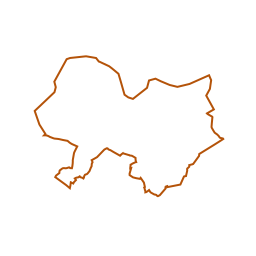 outline of Ugwunagbo, Abia, Nigeria, rotated 198°
{"feature_id": "59680162B43108992465432", "entity_name": "Ugwunagbo", "entity_type": "district", "adm_level": 2, "iso_a3": "NGA", "parent_name": "Nigeria", "parent_adm1": "Abia", "projection": "orthographic", "projection_center": [7.346, 5.019], "detail": "fine", "context": "isolated", "style": "outline", "palette": "amber", "viewbox_px": 256, "rotation_deg": 198, "n_neighbors": 0, "source": "geoboundaries", "source_scale": "gbopen_adm2", "svg_char_len": 3054}
<svg xmlns="http://www.w3.org/2000/svg" viewBox="0 0 256 256"><g transform="rotate(198 128 128)"><path d="M164.7,52.8L165.0,55.4L165.6,58.7L165.2,58.7L164.8,58.6L164.1,58.4L163.6,58.4L162.9,58.3L162.7,59.7L161.4,62.4L162.0,62.9L163.0,63.6L162.5,64.1L162.3,64.4L162.0,64.6L161.6,64.9L160.7,65.4L159.9,65.8L159.6,66.3L159.0,67.1L158.3,66.6L158.1,66.5L157.1,66.5L156.5,66.6L154.8,66.2L154.6,67.3L154.8,68.6L154.5,70.1L154.2,70.5L152.9,71.4L152.4,72.2L151.3,75.1L151.2,76.8L151.1,78.4L150.8,80.5L151.1,81.5L151.4,83.1L151.3,83.7L151.1,84.2L151.2,84.5L151.4,84.9L152.6,86.2L150.7,88.2L148.8,90.3L148.3,90.9L148.0,91.6L147.5,92.6L144.5,98.8L143.7,100.4L143.1,100.9L142.6,101.4L142.2,102.0L141.4,102.3L140.9,102.2L140.5,101.9L139.9,101.6L138.9,101.5L137.9,101.5L136.6,101.2L134.4,100.7L128.9,99.6L127.4,99.3L127.0,99.2L126.8,99.7L126.6,100.2L126.3,100.4L126.1,101.0L125.1,102.4L124.9,102.2L124.5,102.4L119.8,102.5L119.4,102.5L118.5,102.6L118.0,102.4L117.5,102.5L115.8,102.8L114.2,102.5L111.6,101.9L110.8,99.7L109.7,98.1L110.0,98.0L110.5,97.6L112.8,95.5L113.7,94.3L114.2,93.9L113.9,92.7L113.6,91.0L113.5,90.7L113.4,90.3L112.6,90.8L112.4,85.1L111.9,83.7L108.0,82.6L104.8,82.8L101.0,83.3L100.6,84.5L99.0,83.3L96.0,81.0L93.7,77.1L94.2,76.4L93.8,76.0L92.9,74.6L92.8,74.3L92.5,74.1L91.9,73.1L91.7,72.7L91.6,72.2L90.9,72.6L89.6,74.2L88.8,75.5L86.9,73.9L86.4,73.7L82.4,72.9L81.3,73.1L80.4,73.1L79.3,72.5L79.0,72.4L78.5,72.4L77.0,73.9L73.5,82.2L74.0,83.1L73.6,83.3L73.3,83.8L73.6,84.2L72.7,84.9L72.0,84.1L60.7,90.4L60.5,92.4L59.8,99.0L59.6,99.4L58.0,100.2L58.5,105.7L59.1,107.3L59.1,107.8L58.7,108.4L57.8,110.1L57.9,110.6L58.1,111.2L58.3,111.6L56.8,112.6L56.2,113.0L55.9,113.1L55.7,113.3L55.5,113.5L55.2,113.7L54.9,113.9L51.8,123.4L52.2,125.3L40.5,139.1L36.6,143.8L34.0,147.0L34.3,147.3L34.5,147.3L34.9,147.3L35.6,147.3L36.2,147.2L37.3,147.1L38.1,147.5L38.8,148.0L39.2,148.4L39.8,148.7L40.6,149.1L41.4,149.5L42.8,149.9L44.2,150.4L46.1,152.0L48.1,153.8L48.6,154.3L48.9,154.9L49.7,158.2L51.1,164.5L51.5,164.8L53.9,165.3L56.7,165.9L57.4,166.3L52.1,172.2L63.6,183.0L62.2,190.5L63.7,199.2L65.5,201.2L67.2,203.2L83.1,188.9L93.7,182.4L101.6,181.8L111.3,182.6L117.1,183.4L122.7,179.7L122.3,172.1L132.3,157.2L137.2,157.2L141.6,158.6L149.2,169.9L153.8,176.6L161.6,179.7L165.0,180.9L175.4,182.2L176.3,182.2L180.0,184.7L189.7,183.3L190.6,183.0L204.7,176.7L207.6,174.5L212.4,149.3L209.3,144.5L209.2,142.9L209.0,139.3L222.0,115.4L213.3,103.9L204.7,96.8L205.5,95.1L204.4,95.5L203.9,95.6L202.5,95.8L201.0,95.7L199.7,95.4L196.2,95.2L194.8,95.2L191.1,96.0L189.6,96.2L186.2,96.5L181.5,97.1L179.1,96.1L177.7,95.7L176.3,95.4L173.5,95.1L171.6,94.9L170.6,94.8L171.5,88.9L171.6,87.5L170.6,80.4L170.1,78.9L169.6,77.0L169.1,74.3L168.9,72.4L170.5,72.0L171.0,72.1L171.5,72.4L172.0,72.3L173.6,71.1L174.2,70.7L175.3,70.3L175.9,70.2L176.6,70.0L177.4,69.7L178.0,69.1L178.6,68.4L179.0,67.6L179.6,66.9L179.8,66.4L179.8,65.7L179.6,64.9L179.4,63.8L179.7,63.5L180.5,62.3L181.6,60.7L181.8,60.1L181.9,59.3L182.0,58.8L174.4,56.3L169.2,54.6L164.7,52.8Z" fill="none" stroke="#b45309" stroke-width="2"/></g></svg>